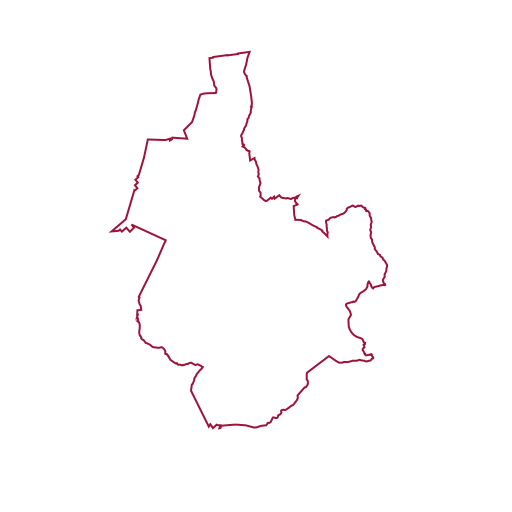 Ocotepec, Puebla, Mexico (Natural Earth projection), rotated 212°
{"feature_id": "50627088B5073197281792", "entity_name": "Ocotepec", "entity_type": "district", "adm_level": 2, "iso_a3": "MEX", "parent_name": "Mexico", "parent_adm1": "Puebla", "projection": "natural_earth1", "projection_center": [-97.69, 19.551], "detail": "fine", "context": "isolated", "style": "outline", "palette": "rose", "viewbox_px": 512, "rotation_deg": 212, "n_neighbors": 0, "source": "geoboundaries", "source_scale": "gbopen_adm2", "svg_char_len": 6144}
<svg xmlns="http://www.w3.org/2000/svg" viewBox="0 0 512 512"><g transform="rotate(212 256 256)"><path d="M205.6,86.3L205.6,89.1L201.3,87.2L200.0,92.0L199.5,91.9L196.4,93.6L195.8,90.6L195.0,91.4L195.6,93.6L186.1,100.7L183.1,102.7L174.9,107.0L166.7,109.5L164.3,111.3L162.9,113.3L160.9,115.3L157.7,117.8L157.5,119.1L157.6,120.6L157.4,120.9L156.2,121.6L155.6,123.1L156.1,127.9L155.3,128.6L153.5,129.0L152.6,129.6L152.1,130.4L152.7,132.6L152.4,133.4L151.8,134.0L151.3,135.7L151.6,136.9L152.5,137.7L152.7,138.3L152.6,138.9L151.3,140.2L149.9,140.6L149.3,141.3L147.9,144.3L146.6,148.0L145.6,149.1L145.0,154.4L145.0,156.0L145.2,157.7L146.9,159.8L145.2,169.9L145.0,170.5L144.5,170.7L144.2,171.2L144.0,174.2L145.0,176.3L146.0,177.6L147.6,178.2L150.5,182.9L150.9,184.0L141.1,209.8L131.8,209.4L130.2,209.6L129.3,209.5L128.8,209.7L126.6,211.1L125.7,211.9L125.3,212.7L122.1,214.6L119.7,217.0L118.6,218.4L114.9,220.7L113.5,222.6L112.6,223.1L111.8,223.1L108.6,224.6L107.0,224.8L105.9,225.6L104.9,226.9L103.9,227.6L103.4,228.4L103.2,230.3L102.5,231.0L102.5,231.7L102.8,232.1L104.1,232.4L105.9,233.9L106.4,233.8L106.3,233.0L108.2,231.9L108.5,231.3L110.0,230.1L111.5,230.2L111.7,231.0L112.8,231.1L114.4,232.3L115.4,232.5L116.3,233.8L115.7,236.1L117.7,237.8L116.9,238.7L117.5,240.2L118.8,239.9L121.4,241.8L122.2,241.9L124.1,241.7L127.7,240.8L131.4,240.9L134.8,241.9L137.4,243.3L139.8,245.1L143.5,250.4L144.1,251.6L144.2,256.2L145.0,257.2L147.3,259.1L152.4,261.0L153.7,262.0L154.0,262.8L153.6,263.9L151.0,266.9L149.5,268.2L149.4,268.9L148.3,269.2L147.5,270.5L147.7,275.9L148.2,278.1L147.8,279.9L146.1,283.2L145.9,284.3L145.3,285.3L145.2,286.0L145.2,288.9L146.5,291.2L146.6,292.3L147.0,293.5L146.9,294.2L146.5,294.3L145.7,293.6L142.9,292.3L142.1,291.4L140.8,290.7L139.6,290.6L139.7,291.3L138.8,292.8L136.0,295.6L134.6,297.3L134.1,297.5L133.2,298.6L131.3,299.5L131.1,300.0L131.8,300.6L133.2,300.7L134.1,301.2L134.6,301.9L135.0,302.0L135.7,302.9L135.9,305.2L135.7,306.4L136.9,308.0L137.3,309.3L137.4,311.1L137.8,312.8L138.7,314.4L139.5,317.1L140.2,317.9L144.5,320.2L146.3,320.4L147.8,321.6L150.2,321.6L151.3,322.6L153.7,322.3L155.4,323.5L158.9,324.8L159.9,326.4L160.8,326.8L161.5,327.4L164.8,329.3L166.2,331.3L166.5,331.6L167.9,331.9L169.8,334.1L171.0,337.2L171.4,337.6L172.6,338.2L173.1,339.2L173.7,341.5L175.3,343.3L175.9,346.2L177.0,347.2L177.2,347.6L178.4,348.7L178.6,349.3L180.2,349.9L181.3,350.8L181.8,351.9L182.2,352.4L184.5,353.4L185.1,353.4L186.1,352.6L186.6,352.6L187.1,353.5L187.8,353.7L188.2,353.5L188.3,354.2L188.9,354.7L190.6,354.0L193.5,354.5L195.2,352.9L195.8,353.0L196.3,352.5L197.4,350.4L198.4,350.1L200.3,350.2L200.9,349.9L202.3,347.4L202.9,346.5L203.3,346.3L204.0,344.6L204.0,344.0L203.5,343.3L203.5,341.1L203.9,339.4L204.6,338.0L206.8,335.2L207.0,334.3L208.6,332.5L208.8,331.6L209.3,331.2L209.7,330.3L210.6,330.2L211.5,329.5L212.8,328.2L213.3,327.3L213.5,325.5L215.3,323.1L214.5,321.7L212.8,320.2L211.8,318.5L210.5,317.1L209.9,315.9L208.9,314.8L207.8,314.2L206.8,311.9L205.7,310.4L210.7,311.7L212.6,311.8L213.2,312.2L213.3,312.7L215.6,312.7L218.9,312.3L219.3,312.7L224.4,312.1L229.5,312.0L232.7,311.5L233.5,310.8L236.3,310.3L236.8,310.5L241.9,307.5L242.5,308.3L245.2,310.9L250.5,318.3L248.0,321.7L248.7,322.1L250.4,322.3L251.8,323.1L252.5,324.0L253.0,325.5L252.8,326.2L251.8,326.7L252.1,327.5L252.0,329.5L252.9,328.2L252.5,327.1L253.4,326.9L254.0,326.0L255.8,324.5L256.1,323.5L256.6,322.8L260.0,321.9L261.0,320.7L264.6,319.2L265.8,319.0L268.4,319.9L270.6,314.5L272.1,315.9L272.8,313.0L274.4,313.3L276.1,308.5L276.8,307.7L279.1,307.7L284.0,308.6L284.1,309.7L285.7,312.1L287.9,312.9L289.8,315.6L290.8,320.2L293.3,322.4L294.2,323.8L296.5,324.4L297.0,327.0L298.3,328.0L299.4,330.2L300.0,331.0L303.0,333.4L304.1,333.9L306.0,335.9L308.1,337.0L309.2,338.3L311.6,333.9L316.1,339.5L316.9,341.4L317.4,341.5L318.2,340.9L319.3,341.2L320.0,340.8L322.0,341.8L323.1,341.9L325.4,341.7L325.4,342.1L324.7,343.0L325.0,343.9L325.7,344.1L326.3,343.7L326.9,343.8L327.9,345.5L329.0,346.3L330.5,348.6L332.0,349.6L332.6,350.6L332.5,352.2L333.0,355.4L332.9,356.4L333.6,357.7L333.6,361.6L334.2,363.0L334.7,365.7L335.8,367.5L335.4,368.9L336.1,370.9L336.4,374.9L336.8,375.3L337.8,377.3L338.7,380.3L339.3,380.0L339.9,382.5L342.2,385.8L343.0,386.5L343.9,387.9L351.2,396.3L358.6,402.6L359.1,403.6L359.4,403.5L361.8,404.4L363.5,405.5L364.2,406.6L365.9,413.4L368.3,419.6L369.6,425.7L378.7,418.1L378.4,417.7L386.6,410.9L386.8,411.2L397.8,402.0L397.6,401.4L400.3,399.1L393.7,390.1L392.0,388.4L390.4,386.1L387.9,384.0L384.2,381.5L381.8,378.5L378.5,377.2L377.8,376.4L376.4,373.2L376.6,372.8L384.0,367.9L386.5,365.9L388.7,363.4L387.4,357.8L386.6,355.7L384.3,347.9L383.9,345.4L382.7,342.4L381.2,335.7L383.8,324.4L376.5,319.0L389.7,312.0L389.1,310.4L390.2,308.4L391.1,309.9L394.3,306.3L409.5,297.5L403.2,280.3L398.3,262.7L398.8,260.9L397.6,260.5L398.7,256.8L395.1,255.6L396.2,251.9L392.5,250.6L393.6,246.9L393.9,247.0L385.9,218.2L391.5,200.3L385.8,204.6L385.3,206.4L382.7,205.6L381.0,211.3L375.8,209.7L374.5,215.4L378.2,216.7L340.9,221.5L340.7,220.3L340.4,219.9L340.6,218.8L338.2,203.1L337.4,196.7L333.8,159.2L333.3,158.9L332.8,159.0L332.0,156.1L329.2,153.5L327.4,152.6L324.8,149.6L327.8,147.1L325.6,143.1L325.1,143.5L324.1,139.8L323.2,140.5L321.2,138.3L321.7,137.9L319.8,137.6L318.8,136.7L318.0,135.9L316.4,133.2L314.6,129.3L313.2,127.8L312.3,127.0L311.7,127.0L309.9,125.9L309.6,125.2L308.2,124.9L306.6,125.1L303.4,123.8L301.9,124.3L298.5,124.6L296.1,124.1L294.5,124.3L292.2,125.5L290.0,126.4L287.7,128.7L286.3,128.7L283.9,128.1L283.0,127.5L282.1,126.8L281.3,125.2L280.9,124.9L279.8,125.6L279.0,125.1L278.4,125.2L277.6,124.8L277.1,124.3L276.6,124.4L275.9,124.0L275.8,123.7L275.1,123.5L273.6,122.6L268.7,122.3L267.1,122.4L266.5,123.1L266.1,123.2L265.2,122.5L264.4,122.5L263.2,123.5L260.6,124.1L260.2,124.5L260.1,125.1L259.6,125.2L258.7,126.1L258.3,126.8L257.6,127.7L256.6,128.3L256.4,129.0L255.0,130.8L254.3,131.2L250.6,131.3L249.4,131.6L248.3,133.1L247.9,133.3L244.1,133.7L243.2,133.5L242.3,133.6L242.5,130.9L242.9,129.9L243.7,124.2L243.4,123.3L243.4,119.3L242.8,118.4L242.4,116.8L241.9,113.8L242.3,113.0L239.7,107.3L205.6,86.3Z" fill="none" stroke="#9f1239" stroke-width="2"/></g></svg>